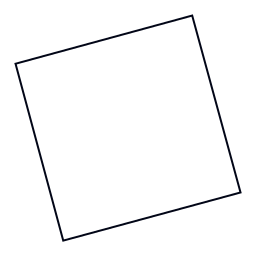 Dickens, Texas, United States of America (Robinson projection), rotated 75°
{"feature_id": "52423323B72793142672199", "entity_name": "Dickens", "entity_type": "district", "adm_level": 2, "iso_a3": "USA", "parent_name": "United States of America", "parent_adm1": "Texas", "projection": "robinson", "projection_center": [-100.831, 33.616], "detail": "fine", "context": "isolated", "style": "outline", "palette": "ink", "viewbox_px": 256, "rotation_deg": 75, "n_neighbors": 0, "source": "geoboundaries", "source_scale": "gbopen_adm2", "svg_char_len": 219}
<svg xmlns="http://www.w3.org/2000/svg" viewBox="0 0 256 256"><g transform="rotate(75 128 128)"><path d="M36.0,36.9L36.8,220.0L220.0,219.7L219.4,36.0L36.0,36.9Z" fill="none" stroke="#020617" stroke-width="2"/></g></svg>